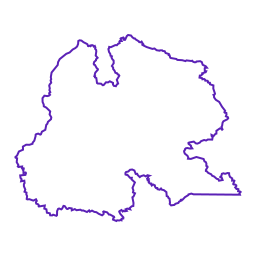 outline of Trairão, Pará, Brazil
{"feature_id": "56859067B61979545771107", "entity_name": "Trairão", "entity_type": "district", "adm_level": 2, "iso_a3": "BRA", "parent_name": "Brazil", "parent_adm1": "Pará", "projection": "mercator", "projection_center": [-55.947, -5.107], "detail": "fine", "context": "isolated", "style": "outline", "palette": "violet", "viewbox_px": 256, "rotation_deg": 0, "n_neighbors": 0, "source": "geoboundaries", "source_scale": "gbopen_adm2", "svg_char_len": 5772}
<svg xmlns="http://www.w3.org/2000/svg" viewBox="0 0 256 256"><path d="M206.9,67.7L205.8,66.3L202.7,64.8L201.8,62.1L200.2,61.2L196.5,61.5L195.8,62.2L194.7,62.3L193.2,61.8L192.2,60.7L191.3,61.0L186.4,60.4L185.5,61.1L182.2,60.2L177.3,59.9L176.4,59.0L170.8,58.0L170.2,57.6L169.6,55.3L168.7,55.1L168.8,54.0L165.6,53.0L164.7,51.2L162.9,51.0L162.1,50.3L160.1,50.3L159.6,50.7L156.6,50.2L154.5,48.5L152.4,48.9L146.8,47.1L143.9,45.7L143.5,44.7L143.0,45.2L142.3,44.8L142.4,42.9L141.6,41.6L140.7,42.3L139.2,42.1L138.9,41.4L135.8,39.5L134.8,38.4L134.1,38.5L132.5,37.4L131.0,35.5L128.1,35.0L126.8,36.1L125.1,39.8L124.0,39.9L123.5,39.4L123.8,38.0L123.4,37.5L120.8,38.3L120.5,38.7L121.6,41.0L119.8,41.0L119.4,41.5L119.6,43.2L118.2,43.7L116.9,45.2L115.3,45.1L110.8,47.2L109.2,46.9L108.9,48.5L108.4,49.0L109.0,51.9L110.3,54.0L110.5,55.7L111.9,56.3L111.5,57.5L112.4,59.3L113.6,60.5L113.7,63.2L111.9,66.0L113.1,67.5L113.2,69.1L114.5,70.6L115.4,72.8L117.0,73.2L117.6,74.4L118.5,74.5L119.3,75.7L116.8,79.8L118.1,83.6L116.9,84.4L115.9,86.2L113.8,85.8L113.0,84.5L113.0,82.9L109.8,81.3L108.1,82.4L106.0,82.3L103.6,85.1L102.7,85.2L101.1,83.7L97.7,83.5L97.0,83.0L96.3,78.0L95.0,77.4L95.1,76.2L94.4,76.1L95.3,72.6L97.9,69.7L97.8,69.0L96.7,68.1L95.0,65.0L94.0,64.6L93.7,63.8L94.2,61.9L96.0,60.3L96.0,59.3L97.6,57.8L95.7,55.6L96.3,51.4L96.1,49.9L95.1,48.8L95.4,47.5L94.8,46.0L93.8,46.6L93.1,45.5L92.0,45.1L90.6,46.1L90.2,45.5L88.6,46.2L88.0,46.0L87.5,44.4L86.9,43.9L83.5,42.2L81.5,40.6L79.6,40.3L78.3,41.0L78.1,44.0L77.1,46.5L75.3,48.1L72.7,49.5L69.6,52.5L66.3,53.8L59.7,59.1L58.1,62.1L57.7,65.0L51.6,72.5L50.8,77.2L51.2,79.2L50.6,80.3L51.2,82.7L49.7,84.4L49.2,85.7L49.8,88.3L49.4,90.1L50.3,92.2L49.2,93.1L49.2,93.7L50.0,94.8L48.9,95.7L47.3,96.1L44.4,95.7L42.5,98.2L42.6,102.0L43.7,104.5L43.8,106.3L46.3,107.6L50.2,111.4L49.6,114.4L51.3,117.3L51.0,119.2L47.9,121.9L47.4,123.7L46.3,124.8L45.3,129.8L41.9,131.7L40.9,134.3L40.2,134.6L38.2,133.6L36.1,134.2L35.6,134.8L35.6,136.1L34.3,140.7L32.7,142.6L32.5,143.8L29.4,144.8L26.2,144.7L22.9,146.6L23.0,149.7L18.9,151.5L17.1,155.5L15.4,157.1L15.6,157.7L17.1,158.3L16.7,162.2L18.4,165.1L17.8,166.5L18.5,167.0L22.1,166.5L21.9,168.2L22.5,168.8L23.0,168.2L23.7,168.3L23.8,168.9L22.9,169.9L23.4,170.7L23.5,173.0L25.6,172.5L26.0,173.1L25.4,174.9L20.2,175.4L20.5,177.9L21.6,179.2L21.1,181.3L24.3,180.7L24.6,183.0L23.9,184.1L23.9,186.2L25.3,189.6L24.5,191.7L26.5,192.6L26.3,194.3L27.1,196.1L26.7,199.0L27.3,199.4L29.4,199.2L33.3,200.6L36.0,199.3L36.8,200.9L35.9,202.1L36.2,203.6L38.1,204.3L39.0,205.5L38.6,206.1L38.9,206.5L44.8,205.5L44.3,208.6L46.4,209.3L46.9,212.7L49.8,213.3L50.2,215.3L52.2,215.4L53.1,214.7L56.4,215.8L57.0,215.2L57.1,211.1L58.1,208.9L59.1,208.5L61.2,209.4L62.1,208.7L63.5,205.9L64.7,206.1L66.7,208.8L67.7,209.0L69.1,208.0L71.7,208.4L71.8,210.3L74.8,209.1L76.5,210.2L80.4,209.7L81.9,210.6L83.1,210.4L87.0,212.0L89.1,210.4L89.9,211.7L92.0,210.6L94.3,211.9L96.4,212.2L98.7,213.8L102.1,215.3L103.5,214.2L103.7,213.1L103.2,211.8L103.7,211.4L107.2,212.4L109.0,214.6L109.9,214.5L114.0,216.7L114.2,217.4L113.3,218.1L113.0,219.6L116.4,221.0L117.1,220.3L119.3,220.5L120.6,220.0L121.5,220.3L121.6,218.8L123.3,218.5L123.4,217.4L120.4,214.0L119.2,211.7L119.4,211.2L121.5,210.0L122.7,211.5L123.6,210.8L124.8,211.3L126.8,210.9L125.6,209.3L127.2,208.6L130.1,209.3L129.5,208.2L131.7,206.3L133.3,206.0L133.5,203.0L132.4,197.3L133.5,196.5L135.0,193.3L133.0,192.4L133.4,190.4L132.5,187.9L134.9,182.4L131.5,179.3L131.8,177.8L130.0,177.8L127.4,174.8L126.4,174.9L125.5,174.5L125.4,173.0L126.1,172.0L128.3,171.5L130.0,169.8L132.2,169.5L134.4,170.5L135.7,173.9L137.2,173.8L137.6,174.9L139.8,177.1L141.1,176.1L143.8,175.3L145.7,176.4L147.5,175.2L149.3,175.7L148.6,176.0L147.8,178.0L147.1,178.6L147.6,180.2L148.7,179.7L148.5,180.6L149.1,181.2L148.7,182.3L149.5,183.3L151.0,183.5L150.9,184.0L151.8,185.5L152.9,184.4L154.9,185.4L154.9,186.5L155.8,187.9L157.3,188.0L157.5,189.2L159.7,189.7L161.0,188.5L161.9,189.7L163.8,190.1L166.4,192.1L166.7,196.1L168.0,196.6L168.4,197.9L169.5,198.6L170.0,202.5L169.7,203.9L171.1,205.4L174.4,204.9L175.4,203.8L178.4,202.9L179.0,201.7L181.1,200.7L180.6,200.3L180.8,199.8L182.8,199.5L184.9,197.2L188.3,195.1L188.5,194.4L191.3,193.6L193.5,194.3L239.9,194.7L239.4,193.4L240.6,192.0L239.8,191.4L238.1,191.2L238.4,189.2L237.5,188.8L236.5,189.0L235.2,187.4L236.2,186.4L236.3,185.4L235.5,184.7L233.5,184.4L233.2,184.0L234.4,180.8L233.8,180.4L232.1,180.6L232.2,178.4L230.0,176.9L229.2,174.9L229.1,173.2L227.7,173.0L225.1,173.8L223.4,173.3L221.9,173.8L221.3,176.1L220.3,176.8L220.3,177.3L221.7,177.6L222.6,180.0L219.0,180.7L218.3,179.2L216.7,178.8L214.1,176.5L212.1,175.7L211.2,174.3L208.2,172.9L206.9,171.4L205.9,171.0L205.9,170.0L207.6,167.0L207.4,166.4L206.3,165.9L206.4,163.6L205.8,162.1L204.5,161.4L203.6,159.0L196.4,157.0L190.9,158.9L188.0,158.7L188.3,157.7L187.5,155.8L184.8,153.6L184.1,151.7L184.2,150.8L185.1,149.7L185.0,149.1L185.8,148.3L187.3,148.0L190.2,148.6L192.2,148.4L191.0,146.6L190.9,145.6L188.6,143.9L188.4,143.0L189.1,142.5L193.8,141.6L195.9,143.4L197.4,143.6L199.8,142.6L201.0,141.2L204.1,140.0L206.1,140.5L207.9,139.5L212.2,139.6L212.6,137.3L211.6,135.9L211.5,134.9L213.6,136.0L215.3,134.0L216.4,133.6L216.4,130.8L219.9,128.4L221.5,128.8L222.1,129.7L222.5,129.4L221.5,126.8L222.1,125.9L222.6,122.6L223.5,121.2L227.3,119.3L228.2,118.2L227.9,117.2L225.9,116.3L226.5,114.6L226.3,112.9L224.8,112.7L224.4,112.2L225.1,110.7L222.0,106.7L219.2,101.9L215.8,99.8L214.1,97.4L214.0,95.7L213.5,94.9L214.7,94.4L215.0,93.7L213.3,88.6L213.4,85.4L210.0,84.3L209.9,82.8L208.4,82.7L207.9,82.4L208.0,81.3L207.1,80.7L205.3,80.7L205.0,79.6L204.1,79.0L202.4,79.3L202.1,78.2L199.5,77.6L199.8,75.6L200.8,75.6L202.6,74.1L202.2,73.3L205.7,72.2L206.2,71.2L204.8,71.0L204.7,68.2L205.0,67.8L206.9,67.7Z" fill="none" stroke="#5b21b6" stroke-width="2"/></svg>